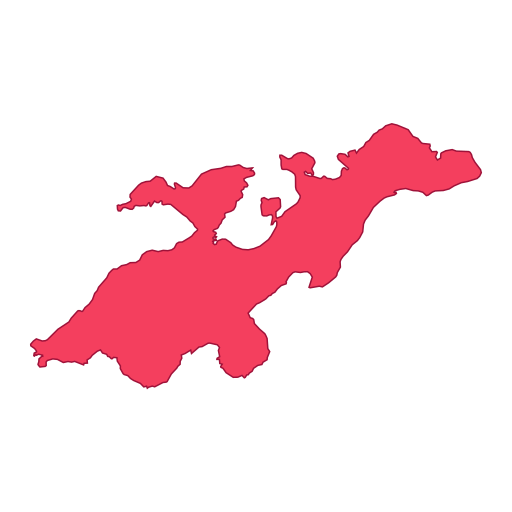 Lembata, Nusa Tenggara Timur, Indonesia
{"feature_id": "22746128B62947944336237", "entity_name": "Lembata", "entity_type": "district", "adm_level": 2, "iso_a3": "IDN", "parent_name": "Indonesia", "parent_adm1": "Nusa Tenggara Timur", "projection": "orthographic", "projection_center": [123.525, -8.375], "detail": "fine", "context": "isolated", "style": "filled", "palette": "rose", "viewbox_px": 512, "rotation_deg": 0, "n_neighbors": 0, "source": "geoboundaries", "source_scale": "gbopen_adm2", "svg_char_len": 6077}
<svg xmlns="http://www.w3.org/2000/svg" viewBox="0 0 512 512"><path d="M431.9,151.7L429.4,147.9L430.2,146.0L429.8,144.2L422.9,143.5L421.4,142.9L417.8,138.4L412.9,136.4L408.2,129.7L397.1,125.1L391.8,123.8L385.7,125.8L382.3,128.9L379.1,130.1L377.3,132.2L373.6,134.3L369.3,140.4L365.9,142.5L363.7,146.5L359.2,149.5L356.5,153.1L355.0,150.1L350.1,151.3L348.0,152.9L349.0,156.4L347.9,156.9L345.0,154.3L340.6,153.6L338.9,153.9L337.3,156.2L338.4,159.4L348.5,168.3L348.3,169.2L347.0,169.8L344.9,168.0L343.9,167.8L342.5,168.6L341.4,171.2L341.2,175.4L339.5,177.5L335.4,179.2L332.4,179.6L330.6,178.7L327.2,178.4L324.7,176.3L323.6,176.2L321.3,178.4L319.9,178.5L313.1,176.3L309.9,176.3L305.1,174.6L304.3,172.2L305.6,171.4L307.7,173.4L310.7,173.0L311.9,174.9L312.5,175.1L313.4,174.6L313.5,172.7L311.7,168.8L314.9,162.8L314.7,161.2L313.2,158.2L306.1,153.5L301.7,152.4L297.6,153.3L293.9,155.4L291.6,158.0L288.8,158.9L287.4,158.6L281.7,155.2L279.9,155.2L279.8,157.0L281.1,159.8L281.1,165.0L281.8,168.8L282.9,169.4L286.8,169.4L288.7,170.1L291.8,171.8L294.7,174.2L295.5,176.6L295.6,187.1L296.2,189.8L300.2,195.7L300.1,197.8L297.9,202.2L296.3,203.9L285.0,211.7L281.7,216.3L277.0,218.2L276.0,216.6L275.9,211.8L280.0,208.1L280.6,206.7L280.2,199.6L278.5,197.8L270.8,198.6L268.3,199.8L264.1,197.6L261.6,198.5L261.2,200.3L262.0,202.6L261.0,205.0L261.0,206.8L262.1,214.8L263.3,215.8L266.8,215.9L269.1,214.9L271.5,214.6L272.5,216.0L272.6,217.8L271.2,224.7L272.6,224.5L274.3,221.8L275.9,220.8L276.8,222.0L276.8,224.9L276.3,226.8L271.2,235.9L268.5,239.6L260.0,246.2L253.9,248.6L248.2,249.8L242.4,249.4L235.8,247.1L232.5,244.9L230.8,242.7L225.6,239.2L222.2,239.1L218.4,240.6L217.5,241.2L216.2,244.2L214.6,244.6L213.1,243.3L213.5,242.1L212.7,241.5L213.1,240.9L216.4,240.3L215.8,239.1L213.3,239.1L212.9,237.9L213.4,237.1L214.4,237.0L216.0,237.5L216.6,236.8L214.9,235.9L214.6,235.1L216.3,233.6L215.7,232.3L213.4,231.6L213.0,230.9L214.2,229.6L217.4,228.4L218.3,227.3L219.3,225.0L221.0,223.2L222.2,219.9L225.0,217.2L224.6,214.0L225.5,213.0L230.8,211.3L233.6,209.7L235.5,206.5L236.4,201.2L238.5,200.3L240.4,198.3L242.2,197.4L242.7,194.7L241.1,191.2L241.3,190.5L243.7,189.0L244.2,187.0L247.0,186.8L247.9,185.3L246.6,182.9L244.3,180.9L243.9,178.9L246.5,177.4L252.8,175.8L254.4,174.6L254.6,173.2L253.2,170.9L250.4,170.5L252.5,167.9L246.8,168.5L243.2,167.5L239.7,165.1L238.4,164.9L231.9,166.5L226.4,166.5L220.9,168.3L211.3,169.7L201.5,174.1L192.1,185.9L188.8,188.0L183.1,187.8L176.2,183.1L174.6,183.1L174.4,184.1L175.5,187.7L175.3,188.6L174.1,189.0L170.2,186.5L167.5,185.5L166.0,182.1L163.0,178.1L156.2,176.4L150.2,181.2L145.9,181.6L141.4,183.1L138.6,185.2L130.2,194.4L130.0,197.1L131.4,199.1L130.7,201.3L125.9,203.7L122.7,204.3L120.2,205.5L118.4,205.0L117.3,205.6L117.5,209.1L118.3,210.8L120.5,211.0L123.0,207.8L123.9,207.5L125.6,207.5L130.0,209.2L132.2,209.3L133.7,208.0L134.2,206.3L135.9,205.4L139.8,205.9L144.0,205.5L145.9,205.9L146.8,205.5L148.6,202.8L149.5,202.7L150.0,205.8L150.8,206.4L154.5,201.1L156.9,202.6L158.6,202.6L160.7,200.8L161.4,200.9L162.0,201.4L162.1,204.1L163.3,204.8L167.8,204.1L170.8,204.4L182.9,214.5L186.8,217.0L190.2,221.0L192.9,223.0L194.9,226.6L197.6,229.1L197.4,230.3L194.5,232.7L191.8,236.1L189.1,237.9L182.3,242.0L178.9,242.2L176.6,243.6L174.4,247.9L171.8,249.8L167.9,250.7L163.2,250.4L158.2,251.6L152.2,250.2L146.7,251.6L142.3,254.8L139.7,260.1L135.9,262.5L130.2,262.7L126.7,264.6L121.5,265.7L117.1,269.0L113.4,269.0L111.7,270.4L109.0,273.2L106.8,277.8L98.6,287.2L97.2,290.6L94.7,293.4L92.5,299.6L89.1,304.2L85.1,307.5L82.8,311.0L82.0,311.5L79.9,310.7L78.1,310.7L77.4,311.3L71.2,318.2L68.9,322.0L58.0,329.2L47.4,339.7L45.4,340.7L42.2,341.0L36.3,338.9L33.4,341.1L30.7,344.2L30.8,345.8L34.6,348.5L36.3,350.7L36.6,351.9L34.2,353.1L33.8,355.7L34.4,356.1L35.9,354.6L36.5,355.2L38.6,354.2L42.6,355.2L42.7,356.3L41.9,356.2L39.0,358.9L38.8,361.8L38.0,364.3L38.4,365.2L39.9,367.0L45.2,366.4L46.2,365.6L46.1,362.0L47.3,360.5L52.8,358.9L57.5,359.4L63.3,362.5L68.0,361.5L71.6,362.1L74.7,361.4L83.6,364.9L84.1,363.3L87.4,363.1L87.1,359.9L90.4,357.8L92.2,355.3L97.3,351.2L100.5,349.9L102.5,353.0L106.7,354.3L107.7,356.4L109.3,356.7L111.3,358.7L112.0,358.8L113.6,357.4L116.9,357.7L117.3,361.1L120.4,365.9L120.3,368.6L123.1,373.6L124.1,374.5L127.8,375.6L130.5,378.5L133.7,380.5L140.4,383.4L143.8,386.9L146.6,386.2L147.3,388.2L148.6,387.2L152.3,386.1L154.7,386.8L163.0,382.5L166.2,382.1L167.1,381.6L171.3,374.0L176.8,368.1L177.8,366.3L180.1,364.3L180.2,361.3L181.8,358.2L181.3,355.0L185.1,353.5L190.7,350.1L191.5,353.5L199.0,347.0L202.1,346.6L208.1,343.2L209.9,343.1L217.4,344.8L219.5,347.5L218.4,350.5L219.7,356.7L217.1,358.3L216.9,359.4L219.4,359.4L219.8,363.5L222.2,364.2L220.7,366.5L220.9,367.3L223.0,368.3L226.1,372.7L233.2,377.3L237.8,377.2L242.0,375.4L244.3,377.8L245.2,377.4L246.7,375.0L248.3,374.7L249.3,373.1L252.1,371.3L253.6,368.3L257.8,365.4L261.9,364.5L263.0,362.2L267.1,359.7L267.3,357.5L269.7,351.6L267.8,348.6L267.1,338.5L265.7,335.3L264.8,333.7L259.5,329.1L254.4,323.6L253.7,319.6L252.7,318.5L250.2,317.7L248.1,313.1L256.5,304.0L259.6,302.7L265.8,298.9L268.8,295.8L270.8,295.3L272.3,293.5L274.9,292.2L277.4,288.9L281.3,285.5L286.1,283.8L286.4,282.6L286.0,281.8L288.6,277.1L292.8,272.7L295.1,271.8L300.4,272.5L304.0,271.8L307.5,271.7L310.2,273.6L312.3,277.1L309.0,287.3L310.1,287.8L319.3,286.2L322.4,286.9L328.6,282.8L335.7,276.9L336.8,275.2L337.3,272.6L340.4,267.1L340.1,261.8L340.9,259.5L343.1,256.3L347.5,251.8L352.2,244.8L357.4,240.6L359.7,237.6L362.7,231.9L363.5,224.1L365.1,220.2L368.5,215.8L373.4,207.4L380.1,201.1L384.2,198.0L386.9,196.8L394.5,194.9L396.4,193.5L396.0,192.4L394.8,192.7L394.0,192.2L395.2,190.7L400.0,189.3L405.8,188.5L413.2,190.6L418.3,190.9L422.9,192.3L426.4,195.6L428.2,195.1L432.3,192.1L435.3,190.9L443.3,190.5L449.2,188.9L454.2,185.8L461.3,182.7L467.6,181.5L477.1,178.5L479.6,176.2L481.3,172.7L480.5,169.6L474.9,162.2L472.3,157.6L471.5,154.6L470.2,152.4L468.8,151.6L456.3,151.1L452.2,149.6L445.7,150.8L441.4,152.9L440.8,153.8L440.6,158.1L437.4,160.0L435.5,156.9L437.3,152.4L436.5,151.5L431.9,151.7Z" fill="#f43f5e" stroke="#9f1239" stroke-width="1.5"/></svg>